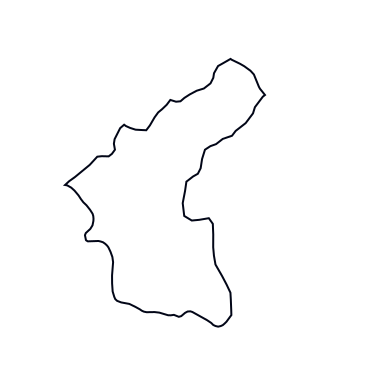 Phungso, Ryanggang, North Korea (Equal Earth projection), rotated 307°
{"feature_id": "82179303B38580271965004", "entity_name": "Phungso", "entity_type": "district", "adm_level": 2, "iso_a3": "PRK", "parent_name": "North Korea", "parent_adm1": "Ryanggang", "projection": "equal_earth", "projection_center": [127.952, 40.858], "detail": "fine", "context": "isolated", "style": "outline", "palette": "ink", "viewbox_px": 384, "rotation_deg": 307, "n_neighbors": 0, "source": "geoboundaries", "source_scale": "gbopen_adm2", "svg_char_len": 1861}
<svg xmlns="http://www.w3.org/2000/svg" viewBox="0 0 384 384"><g transform="rotate(307 192 192)"><path d="M321.5,142.7L313.3,139.2L308.3,137.0L300.1,138.1L296.0,140.3L289.9,141.4L281.8,139.2L275.7,134.8L268.6,131.5L262.6,129.3L257.5,128.2L254.5,124.9L252.5,119.3L246.4,119.3L240.3,118.3L235.2,117.1L229.1,117.2L219.9,118.3L216.9,118.3L213.8,118.3L210.8,113.9L207.8,109.4L205.9,103.9L204.9,99.5L204.9,97.3L199.8,96.2L193.7,97.3L187.6,98.4L183.5,100.6L179.4,105.0L174.3,105.1L170.3,104.0L166.3,98.4L163.2,95.1L152.1,94.0L143.0,91.8L133.8,89.6L126.7,87.4L121.2,86.4L122.2,88.4L122.8,92.9L122.4,97.3L121.0,103.4L119.5,107.5L118.4,111.4L117.9,115.7L116.4,121.4L114.8,125.7L113.4,127.6L111.4,129.4L109.5,130.7L105.5,132.6L101.4,133.0L95.3,131.9L93.1,132.5L89.8,136.2L89.7,136.8L89.9,138.5L96.6,146.8L97.6,149.1L98.3,151.2L98.4,153.9L98.1,156.4L97.5,158.5L95.2,162.9L92.2,167.5L88.5,171.2L77.2,178.4L70.8,183.3L64.8,188.5L61.5,193.0L60.3,195.1L60.0,197.7L61.2,201.9L64.9,209.3L66.2,216.0L66.9,220.9L67.0,223.4L67.5,225.6L68.7,228.1L73.6,234.4L76.0,238.5L79.2,247.1L80.7,249.2L83.0,251.5L84.4,256.6L86.4,258.1L91.3,259.2L93.9,260.4L95.7,262.5L96.4,264.5L98.7,281.1L99.0,286.2L98.6,289.0L99.1,291.4L100.2,293.9L102.2,295.6L104.2,296.7L106.5,297.2L109.1,297.6L117.4,297.5L121.3,294.4L129.5,287.7L134.7,283.3L138.8,275.5L143.0,266.6L148.2,254.4L154.4,247.8L160.6,242.2L170.9,234.5L179.1,227.8L181.2,221.2L174.1,214.5L169.1,209.0L168.2,200.2L177.5,191.3L188.7,185.8L196.9,181.3L205.0,183.5L210.1,185.7L216.2,184.6L224.4,180.2L233.6,176.9L239.7,179.1L244.7,182.4L252.9,184.6L261.0,190.1L267.1,190.1L271.1,191.2L279.3,193.4L285.4,193.4L291.5,193.4L297.6,191.2L301.7,191.2L304.7,191.2L307.8,191.2L310.8,191.2L313.4,191.9L315.4,184.1L316.3,182.1L323.1,170.7L324.0,165.9L323.9,158.1L323.3,153.2L321.5,144.0L321.5,142.7Z" fill="none" stroke="#020617" stroke-width="2"/></g></svg>